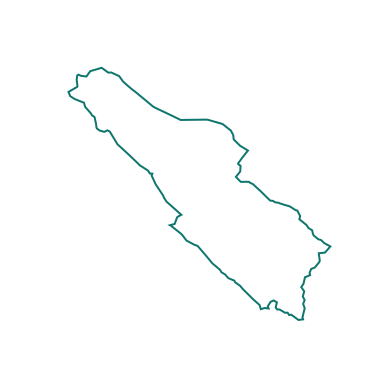 Las Piedras, Puerto Rico, rotated 288°
{"feature_id": "32010507B95664633284712", "entity_name": "Las Piedras", "entity_type": "district", "adm_level": 2, "iso_a3": "PRI", "parent_name": "Puerto Rico", "parent_adm1": "", "projection": "natural_earth1", "projection_center": [-65.874, 18.197], "detail": "fine", "context": "isolated", "style": "outline", "palette": "teal", "viewbox_px": 384, "rotation_deg": 288, "n_neighbors": 0, "source": "geoboundaries", "source_scale": "gbopen_adm2", "svg_char_len": 1925}
<svg xmlns="http://www.w3.org/2000/svg" viewBox="0 0 384 384"><g transform="rotate(288 192 192)"><path d="M101.8,293.7L104.0,296.7L104.9,300.8L106.6,299.4L111.9,300.7L114.1,303.2L113.3,306.8L108.0,307.3L106.6,309.3L107.3,311.6L105.9,317.9L106.8,320.2L105.0,322.4L106.0,324.2L104.4,329.2L103.2,332.8L105.2,337.0L106.9,335.8L116.3,335.1L119.9,332.3L124.1,332.5L126.8,329.7L132.2,329.4L135.3,325.3L139.1,326.4L145.8,325.8L149.4,330.0L151.5,328.8L155.6,329.1L158.2,332.2L164.2,334.5L166.0,334.8L172.9,331.5L175.5,337.2L183.0,340.4L184.2,333.8L186.2,329.5L186.1,326.7L188.2,321.2L189.8,319.8L192.7,318.1L193.7,313.9L196.0,311.1L199.2,302.6L202.5,302.3L206.9,297.9L206.7,296.4L208.6,289.1L208.4,285.8L208.3,279.3L208.5,277.7L207.9,274.0L208.6,271.9L208.0,269.0L214.6,255.7L216.0,252.5L218.3,247.6L218.8,244.0L219.3,242.9L216.7,235.3L219.9,229.1L226.4,231.5L231.9,230.1L232.7,227.5L233.4,227.0L239.6,229.0L248.7,232.4L250.8,223.5L254.9,215.4L258.9,213.6L262.4,210.0L262.9,208.7L266.1,200.1L265.6,185.0L265.3,183.4L257.0,158.9L258.2,150.7L260.6,131.9L261.2,128.7L270.2,106.0L270.5,104.7L273.4,97.6L275.7,92.4L279.7,86.9L280.7,78.4L279.7,75.5L282.2,67.7L275.5,57.9L269.2,55.9L268.2,50.5L268.5,47.8L267.4,46.8L263.2,47.6L257.2,50.4L256.5,50.3L249.0,43.6L245.5,46.6L244.2,51.5L243.5,61.7L239.9,64.1L235.5,71.6L234.1,73.0L233.2,76.1L226.8,79.9L224.4,80.9L223.0,81.9L221.9,85.3L222.1,90.0L224.5,92.5L224.1,95.1L214.4,106.3L208.2,119.9L202.3,132.1L201.2,134.2L198.8,143.5L196.6,146.2L197.2,148.6L195.2,148.5L188.7,154.5L187.6,155.7L179.6,165.8L177.9,167.1L175.0,170.7L167.0,188.9L163.9,185.9L162.0,185.6L156.3,185.4L153.6,181.3L153.3,182.8L149.0,194.2L148.0,196.2L144.1,201.8L142.5,210.8L142.5,212.4L142.5,213.9L136.4,224.0L130.5,233.3L130.4,233.5L126.6,242.8L124.8,244.7L123.8,249.0L121.3,253.2L120.8,259.6L119.4,261.1L117.6,266.8L115.2,270.7L109.0,283.0L105.4,291.2L101.8,293.7Z" fill="none" stroke="#0f766e" stroke-width="2"/></g></svg>